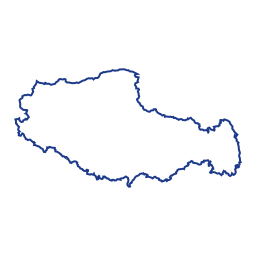 SVG path tracing the border of Xizang
{"feature_id": "CHN-1662", "entity_name": "Xizang", "entity_type": "Autonomous Region", "adm_level": 1, "iso_a3": "CHN", "parent_name": "China", "parent_adm1": "", "projection": "robinson", "projection_center": [89.0, 31.884], "detail": "fine", "context": "isolated", "style": "outline", "palette": "blue", "viewbox_px": 256, "rotation_deg": 0, "n_neighbors": 0, "source": "natural_earth", "source_scale": "10m", "svg_char_len": 5857}
<svg xmlns="http://www.w3.org/2000/svg" viewBox="0 0 256 256"><path d="M23.4,109.9L20.5,107.6L20.1,106.5L20.3,104.0L19.6,100.8L19.7,99.7L22.4,97.9L22.5,97.0L22.3,96.3L23.1,95.8L24.9,95.0L26.4,95.2L27.9,94.6L30.6,95.4L31.3,95.2L33.2,91.7L32.4,88.9L34.1,88.0L33.9,86.7L35.7,84.6L36.6,82.5L36.8,81.1L39.1,82.7L43.2,83.4L44.3,84.1L44.9,83.9L44.9,83.2L45.3,82.8L46.8,83.8L49.0,83.7L51.0,84.8L55.2,83.7L56.0,82.3L58.4,80.8L58.7,79.7L59.8,79.0L62.9,79.5L64.2,79.0L65.6,79.4L65.7,81.5L67.2,82.6L68.4,82.4L72.5,83.2L75.3,83.0L76.7,82.5L78.5,83.0L82.7,80.7L85.0,80.1L86.6,79.0L89.0,78.2L90.3,78.5L92.1,78.2L93.0,78.7L93.5,79.4L95.2,78.0L97.6,78.0L99.0,76.6L100.4,73.5L102.5,72.8L103.2,72.1L105.2,72.2L106.5,71.7L110.7,71.2L112.5,70.2L114.9,70.7L118.3,70.3L119.4,69.5L122.4,69.3L124.4,69.3L127.0,70.3L128.4,70.2L129.8,71.4L132.5,71.6L137.3,74.0L135.6,74.3L134.8,75.2L135.6,76.8L138.6,77.3L137.5,81.2L138.0,82.1L135.4,83.3L135.0,85.0L136.2,86.9L136.2,88.5L138.5,88.7L139.0,89.8L137.8,91.4L138.6,93.6L138.7,95.4L139.2,96.1L138.6,98.1L137.2,99.0L137.0,99.7L138.1,101.9L139.7,103.1L139.7,103.8L140.4,104.4L140.6,105.5L142.6,106.4L143.1,107.1L143.1,108.4L144.2,109.8L145.5,109.9L147.2,111.1L149.2,111.8L150.0,111.6L151.0,110.5L153.1,110.3L153.6,109.3L155.7,109.2L156.0,109.5L155.7,110.1L157.5,112.5L159.5,113.8L160.5,114.0L162.3,115.5L163.6,115.0L164.6,115.3L164.9,116.8L166.5,116.5L169.5,116.9L170.4,116.6L171.7,117.1L173.3,116.9L173.8,118.0L175.5,117.9L177.3,119.1L178.1,119.2L178.7,119.8L179.8,119.2L181.3,119.1L182.0,119.3L182.6,120.0L185.4,120.3L186.1,119.7L187.8,119.4L188.0,118.5L188.6,118.8L190.8,117.8L192.3,119.5L194.2,120.6L194.7,122.3L195.9,123.2L198.0,123.3L198.5,124.1L199.4,124.3L199.7,126.2L199.1,126.4L199.0,127.0L199.6,128.9L200.4,129.7L202.2,129.5L203.0,129.7L203.7,130.4L206.7,130.1L207.2,130.4L208.2,132.4L208.6,131.9L208.4,130.0L207.5,129.0L208.0,128.1L209.3,127.6L211.0,129.5L214.3,130.5L214.6,129.8L214.1,128.7L214.5,127.8L213.9,126.8L216.8,126.2L218.3,126.3L218.7,125.6L219.5,125.5L219.7,125.0L219.4,124.3L219.7,123.2L220.9,122.8L220.9,121.5L220.2,121.1L220.5,120.0L222.9,120.2L223.5,120.7L224.3,119.4L227.6,120.5L229.7,121.9L229.9,123.2L232.5,126.6L232.3,128.8L233.8,130.6L234.2,131.6L237.4,134.7L236.2,136.3L234.9,135.2L234.5,137.1L235.4,137.7L236.7,139.4L236.6,140.8L238.5,142.8L237.9,143.6L238.6,146.2L239.0,150.3L239.6,151.5L239.9,153.3L239.3,154.5L239.2,156.7L239.8,157.8L240.1,161.1L240.6,162.2L239.2,162.5L239.6,164.5L238.6,165.5L238.5,166.2L239.0,166.8L238.6,167.3L237.9,167.3L237.1,165.0L235.7,165.5L235.6,166.6L236.1,168.3L235.1,169.3L235.8,172.2L235.1,173.8L233.7,174.9L232.0,173.3L231.5,175.1L230.1,176.0L228.7,175.1L228.7,174.4L227.6,173.3L226.2,173.4L225.4,171.6L225.1,171.3L224.5,171.7L223.7,171.0L222.7,173.0L222.7,174.1L222.0,174.2L221.4,175.1L219.1,173.2L217.4,173.6L214.7,172.3L213.0,172.1L210.9,173.0L210.1,172.5L210.5,171.7L212.3,169.6L212.2,169.1L213.3,168.8L213.2,168.1L211.7,165.1L210.7,164.6L209.4,165.7L208.8,165.8L208.6,163.6L209.0,163.2L210.1,162.8L210.6,161.7L210.3,161.4L209.2,161.9L208.6,161.3L208.2,160.3L207.4,160.3L205.1,160.9L204.4,160.5L203.8,160.7L203.6,162.2L201.9,161.9L201.4,162.3L201.4,163.3L201.1,164.1L199.8,164.6L198.2,164.3L197.9,163.8L195.6,163.1L193.3,162.9L192.5,161.4L191.3,161.0L190.4,162.2L189.1,162.4L188.5,163.1L187.9,163.1L187.8,163.8L188.6,164.7L187.6,165.9L186.7,165.9L184.8,167.0L184.1,169.1L183.4,168.8L178.8,169.3L177.4,170.1L177.1,171.2L176.0,172.3L176.3,172.8L176.2,173.5L173.7,174.3L172.2,175.5L171.5,175.4L170.5,176.2L170.0,177.2L170.6,177.3L171.1,178.1L170.5,179.1L169.3,179.9L167.7,180.2L167.3,179.8L167.1,180.4L166.7,180.0L166.4,180.6L165.7,179.6L163.8,181.0L162.9,180.9L162.5,181.4L161.6,181.4L161.1,180.4L160.1,180.4L159.5,179.8L159.0,179.8L159.1,178.7L156.6,178.0L155.2,176.7L154.2,177.0L152.6,178.4L151.1,177.5L148.4,176.7L146.3,177.0L146.4,176.3L147.6,175.3L147.5,174.9L145.3,174.0L144.3,174.5L143.5,173.3L142.8,173.8L141.9,173.5L140.2,173.8L138.4,175.5L136.3,176.2L135.0,177.5L133.8,179.6L132.6,180.4L131.5,182.9L130.8,182.8L129.9,183.9L129.6,185.2L130.1,186.5L129.8,186.7L128.9,186.7L127.5,185.2L127.3,183.7L128.0,182.3L128.5,179.9L128.0,178.8L128.1,178.0L125.8,176.5L123.3,178.1L120.4,178.6L120.2,179.1L120.4,179.7L117.4,179.1L116.1,180.4L114.5,180.4L114.0,180.0L112.2,180.4L112.4,179.8L112.2,179.8L111.4,180.3L109.9,180.1L108.2,178.5L107.2,178.6L106.4,177.7L105.3,177.6L105.2,176.9L104.7,176.5L103.9,176.9L103.3,176.6L102.8,178.5L101.9,179.1L99.4,177.9L99.1,177.0L99.3,176.2L98.9,175.9L98.0,176.9L98.4,178.8L97.9,179.3L97.0,179.4L95.7,176.1L94.3,175.0L93.9,173.6L93.0,174.7L91.0,174.1L90.2,174.6L87.2,174.0L87.1,172.3L88.0,171.1L88.1,170.2L86.9,169.7L85.5,171.0L84.2,170.9L82.8,170.1L82.8,169.5L82.1,169.0L80.3,168.5L79.5,167.0L78.0,166.3L77.7,165.8L77.9,164.7L77.3,164.3L76.9,163.2L77.2,162.6L76.7,162.3L76.4,161.7L74.5,161.3L72.1,162.1L71.5,163.0L70.2,162.7L70.0,161.7L68.8,160.4L68.4,159.1L68.1,158.8L67.4,158.9L67.4,158.1L66.5,157.0L65.6,157.1L65.3,157.6L64.3,156.5L63.5,156.2L62.8,156.5L61.2,155.0L61.2,154.4L60.5,154.2L59.6,153.2L57.2,151.8L55.4,151.4L55.2,150.6L55.5,149.8L54.7,149.2L54.8,147.9L51.4,147.6L49.7,146.8L48.8,147.3L48.5,147.9L47.2,147.4L46.7,150.1L45.8,150.6L45.8,151.1L45.2,152.1L43.9,151.9L42.6,148.9L40.6,148.0L39.9,147.1L38.6,146.3L37.6,146.2L34.9,144.9L34.1,145.0L34.3,144.4L34.0,143.5L34.7,142.8L33.9,142.0L32.9,142.1L30.4,139.8L29.4,139.6L27.7,140.1L26.6,139.1L25.8,139.0L25.4,137.9L24.2,136.1L24.1,135.1L23.0,133.7L22.3,133.4L20.7,135.8L18.8,135.3L19.0,133.6L18.3,132.7L19.7,131.5L18.7,130.6L18.1,129.4L19.0,126.9L18.0,126.0L16.6,123.8L16.0,123.5L16.0,121.1L15.4,119.4L18.0,119.0L19.2,118.3L19.5,120.5L21.3,122.0L22.8,121.7L23.2,120.4L25.1,119.6L25.5,118.8L26.1,119.0L26.4,119.6L26.8,119.6L28.8,117.1L26.6,113.9L25.8,113.6L26.5,113.2L26.3,112.1L26.8,111.5L27.2,110.3L26.8,110.0L23.4,109.9Z" fill="none" stroke="#1e3a8a" stroke-width="2"/></svg>